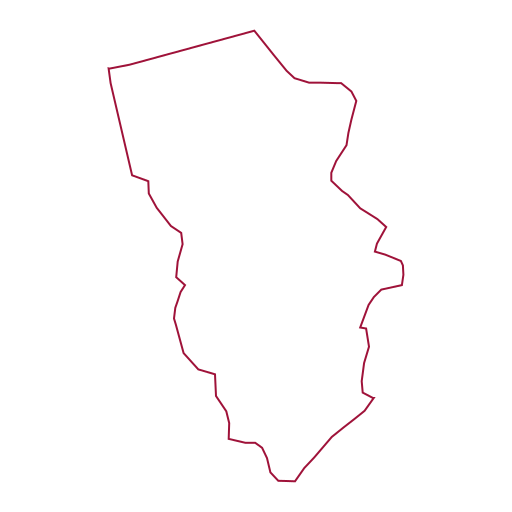 Menogeia, Larnaca, Cyprus (Albers equal-area conic projection)
{"feature_id": "46923920B76142388843432", "entity_name": "Menogeia", "entity_type": "district", "adm_level": 2, "iso_a3": "CYP", "parent_name": "Cyprus", "parent_adm1": "Larnaca", "projection": "albers", "projection_center": [33.436, 34.845], "detail": "fine", "context": "isolated", "style": "outline", "palette": "rose", "viewbox_px": 512, "rotation_deg": 0, "n_neighbors": 0, "source": "geoboundaries", "source_scale": "gbopen_adm2", "svg_char_len": 1108}
<svg xmlns="http://www.w3.org/2000/svg" viewBox="0 0 512 512"><path d="M108.6,68.4L110.6,83.1L132.1,175.3L148.3,181.2L148.8,193.5L156.7,207.8L162.5,215.2L170.9,226.0L181.2,232.9L182.6,244.2L177.7,261.5L176.2,277.2L185.0,285.1L180.6,292.0L177.5,301.5L175.3,307.8L174.0,318.5L175.9,324.8L183.6,353.1L198.3,369.4L215.0,374.3L216.0,396.0L226.3,411.3L229.2,423.1L228.7,438.9L245.4,442.8L255.2,442.8L262.1,447.8L267.0,458.1L270.4,472.4L278.3,480.8L286.2,481.0L295.0,481.3L304.3,468.0L314.1,457.6L331.8,436.9L344.0,427.1L354.8,418.7L364.6,410.8L373.7,398.0L373.0,398.0L362.7,392.6L361.7,381.2L364.1,363.0L369.0,346.7L366.1,328.5L360.2,327.5L368.6,304.9L373.9,297.0L381.3,289.6L401.9,285.1L403.4,274.8L402.9,265.4L400.9,261.0L385.2,254.6L374.9,251.6L376.9,243.8L377.4,242.8L386.2,227.0L377.4,219.1L360.2,208.3L347.9,195.0L342.1,191.0L331.3,180.7L331.3,172.8L336.2,161.0L346.5,145.2L348.4,132.9L351.4,119.6L356.3,100.9L351.4,91.5L341.1,83.1L336.2,83.1L321.5,82.7L309.2,82.7L294.5,78.2L286.6,70.8L273.4,54.6L265.5,44.7L254.3,30.7L129.6,64.7L109.5,68.6L108.6,68.4Z" fill="none" stroke="#9f1239" stroke-width="2"/></svg>